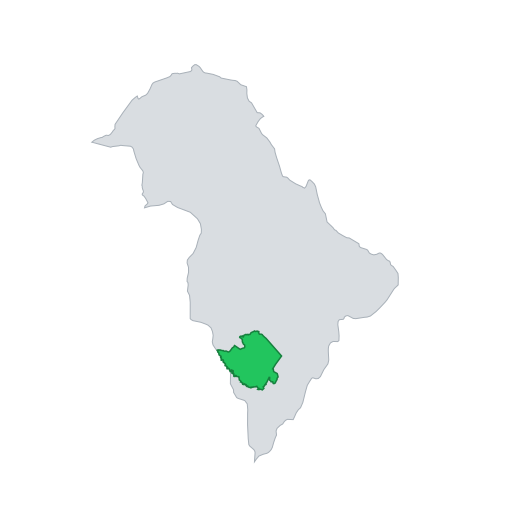 location of Rafaï, Mbomou, Central African Republic, rotated 77°
{"feature_id": "33826404B37622790924059", "entity_name": "Rafaï", "entity_type": "district", "adm_level": 2, "iso_a3": "CAF", "parent_name": "Central African Republic", "parent_adm1": "Mbomou", "projection": "albers", "projection_center": [24.169, 5.748], "detail": "fine", "context": "in_parent", "style": "filled", "palette": "green", "viewbox_px": 512, "rotation_deg": 77, "n_neighbors": 0, "source": "geoboundaries", "source_scale": "gbopen_adm2", "svg_char_len": 8512}
<svg xmlns="http://www.w3.org/2000/svg" viewBox="0 0 512 512"><g transform="rotate(77 256 256)"><path d="M352.5,193.0L357.0,194.2L357.8,195.6L356.6,200.1L357.4,203.0L360.0,205.4L362.6,206.4L365.1,207.0L373.7,208.5L377.3,210.2L382.0,215.5L388.0,220.4L389.4,222.9L389.1,225.3L387.4,228.1L387.7,229.3L390.4,232.1L393.5,235.1L399.3,238.3L409.2,243.3L413.8,246.7L415.3,249.3L417.9,252.1L421.4,254.7L423.8,256.6L422.2,262.2L422.7,264.0L423.6,265.6L425.7,267.8L426.5,270.6L428.6,274.2L431.0,275.8L435.1,276.3L437.3,278.0L441.8,280.8L446.2,283.2L448.1,284.8L449.2,286.3L450.2,288.0L450.7,289.8L450.8,293.6L451.6,298.2L454.0,301.4L456.2,303.8L447.3,301.1L445.9,301.1L444.3,301.6L439.7,304.9L438.2,305.4L432.4,304.7L418.2,302.1L407.2,299.5L404.0,298.6L398.1,297.8L394.3,299.5L390.7,305.5L389.6,306.7L383.9,308.5L381.3,308.0L374.7,309.7L364.5,307.2L360.9,307.7L358.0,308.9L350.8,311.6L346.3,313.2L341.2,314.6L336.3,316.7L333.0,317.9L329.8,317.9L326.9,316.7L323.7,315.6L319.9,315.4L315.9,316.0L312.5,318.4L311.2,320.1L308.2,324.6L304.8,332.0L303.4,333.5L302.2,334.2L286.3,330.5L279.4,329.6L274.8,330.7L269.0,328.6L266.5,328.3L265.3,328.9L262.1,328.0L256.8,325.4L251.8,324.3L247.3,324.7L244.5,323.8L242.3,321.3L239.5,316.8L234.3,312.4L227.4,308.7L223.1,306.0L221.4,304.2L217.7,303.2L212.0,302.9L206.5,304.7L198.6,310.2L191.1,321.5L187.0,325.8L183.7,326.9L182.9,329.7L184.5,334.1L184.8,339.1L183.6,347.6L184.0,353.8L182.2,352.8L180.6,349.9L179.8,349.3L175.0,350.6L172.4,351.7L171.1,352.9L170.1,353.0L168.5,351.4L167.3,351.1L165.4,351.4L163.5,351.4L162.2,351.1L161.4,351.3L159.1,350.3L150.8,347.8L149.4,347.0L147.7,347.1L143.4,349.1L141.1,349.7L134.2,350.9L126.8,351.4L124.0,351.4L122.0,352.3L120.8,353.6L118.3,361.4L117.7,362.8L117.8,364.8L117.1,371.1L117.3,373.1L108.2,390.4L106.8,387.5L106.0,384.1L105.7,380.2L105.9,379.1L105.3,378.0L104.6,374.8L105.4,372.7L104.8,370.6L103.1,368.4L101.6,366.8L100.7,365.3L100.0,364.7L98.2,364.4L96.0,363.7L86.3,353.3L76.3,341.7L74.3,337.9L73.4,335.7L75.9,335.5L76.6,335.2L76.6,334.2L75.1,331.2L74.5,327.4L73.2,325.1L69.3,321.6L65.5,318.8L64.3,317.4L63.7,315.4L62.4,303.0L61.8,299.5L60.7,297.9L59.8,297.2L59.5,296.3L59.7,294.1L60.2,292.1L60.2,291.4L61.3,289.7L61.5,278.2L60.3,276.6L58.0,276.5L56.8,274.8L55.8,272.7L56.1,271.2L58.4,268.9L59.9,268.0L64.2,266.3L65.4,265.4L66.2,264.3L66.8,262.7L69.4,256.9L73.2,251.1L74.8,249.9L78.7,241.3L79.6,239.1L80.3,236.9L81.5,235.1L85.7,232.3L88.9,227.2L92.2,227.5L95.7,228.4L100.1,228.8L103.6,227.9L105.8,225.9L116.6,222.6L117.4,219.9L119.1,218.4L121.1,217.2L121.8,217.0L121.9,218.0L123.1,220.8L125.5,223.7L129.0,226.9L130.1,226.7L132.3,224.4L137.9,223.0L139.3,222.3L143.4,218.9L148.1,216.8L150.9,216.0L155.8,213.8L159.2,214.1L164.7,213.8L173.9,212.9L180.6,212.6L183.9,212.2L184.8,211.7L186.1,208.4L187.1,207.5L189.6,206.1L194.6,201.1L197.8,196.9L198.8,195.4L199.4,195.2L200.8,193.4L199.5,191.6L194.0,187.8L194.1,187.3L193.8,186.6L194.1,186.1L196.2,184.6L199.1,182.9L202.1,182.3L209.9,182.5L216.6,182.2L218.1,182.2L223.3,181.4L226.9,180.6L230.5,178.9L238.8,179.1L245.7,174.6L247.7,173.8L248.6,173.1L248.9,172.4L252.1,170.6L255.7,166.8L258.6,163.5L259.4,161.1L267.2,153.0L269.9,153.2L271.3,152.2L274.4,146.9L275.4,145.9L278.6,144.9L280.1,143.3L281.4,141.0L281.5,138.0L280.9,135.7L280.9,134.5L281.6,133.5L282.9,132.4L288.8,129.6L290.3,128.2L291.2,126.9L292.9,126.7L294.7,126.8L295.8,126.0L297.1,124.7L301.2,123.0L305.0,121.6L309.0,122.2L316.2,124.0L318.4,127.8L319.4,129.2L328.3,138.3L330.0,140.5L334.4,147.1L337.1,151.5L340.2,158.0L340.5,161.4L340.1,164.4L339.5,172.9L338.7,175.3L334.7,179.9L334.6,181.9L335.4,183.6L336.6,184.3L337.3,185.2L336.8,189.1L338.2,190.7L341.2,191.7L348.6,192.4L352.5,193.0Z" fill="#d9dde1" stroke="#a8b0b8" stroke-width="1"/><path d="M359.2,253.6L338.4,264.8L337.0,265.9L335.0,267.2L333.9,267.7L333.3,268.6L333.1,269.7L332.9,270.3L331.8,270.6L331.1,270.6L330.6,270.2L330.1,270.4L330.0,271.1L329.8,271.5L329.4,271.7L329.4,272.3L329.4,272.8L329.4,273.6L328.7,274.3L328.9,274.8L329.1,275.6L329.3,276.6L329.4,277.2L329.6,278.1L330.6,279.0L331.1,279.6L331.0,280.0L330.8,280.5L330.8,280.8L331.1,281.1L331.1,281.3L330.8,281.5L330.5,281.8L330.7,282.7L330.3,283.1L330.1,284.1L330.5,284.9L330.5,285.5L331.0,286.0L331.5,286.2L331.9,286.4L332.0,286.8L331.6,287.2L331.2,287.4L330.9,287.4L331.1,288.0L330.7,288.5L330.7,289.2L330.9,289.8L331.5,290.2L331.9,290.1L332.2,289.5L332.6,289.2L333.1,289.0L333.5,288.7L334.0,288.2L334.5,288.1L335.7,288.5L337.4,288.5L337.7,288.2L338.7,288.2L339.4,287.8L339.8,287.2L341.3,287.2L342.2,287.4L342.9,288.2L342.9,290.1L343.1,290.9L343.2,291.7L343.4,292.4L338.4,297.0L338.9,297.6L339.7,298.1L340.1,299.6L341.5,301.2L342.6,302.4L343.1,303.5L343.3,303.9L343.3,304.7L342.1,306.1L341.8,306.9L341.8,307.9L341.4,308.6L340.7,309.3L340.7,310.0L340.2,310.7L339.9,311.7L339.6,311.8L339.5,312.2L339.5,312.7L339.3,312.8L339.3,313.0L339.3,313.3L339.4,313.5L339.1,313.7L338.9,314.0L339.1,315.0L339.5,314.8L339.6,314.7L339.8,314.7L340.0,314.8L340.3,314.8L340.6,314.8L340.7,314.7L340.8,314.8L341.0,314.8L341.3,314.6L341.5,314.5L341.8,314.2L342.0,314.2L342.4,314.1L342.8,314.1L343.1,314.1L343.4,314.2L343.6,314.2L343.8,314.2L344.1,314.1L344.3,314.1L344.4,313.8L344.5,313.7L344.8,313.4L345.0,313.3L345.1,313.2L345.4,313.0L345.7,312.7L345.8,312.6L346.0,312.6L346.2,312.8L346.3,312.9L346.3,313.2L346.5,313.3L346.6,313.2L347.0,313.2L347.4,312.9L347.5,312.7L347.8,312.8L348.0,312.7L348.2,312.8L348.3,312.9L348.3,313.1L348.6,313.1L348.9,313.1L349.2,313.2L349.3,313.3L349.5,313.4L349.8,313.3L349.8,313.2L349.8,312.9L349.8,312.6L349.7,312.4L349.6,312.2L349.7,311.7L349.8,311.4L350.1,311.4L350.3,311.4L350.6,311.3L350.8,311.4L351.0,311.3L351.2,311.5L351.3,311.7L351.4,311.8L351.5,311.8L351.6,311.7L351.8,311.8L352.0,311.8L352.1,311.7L352.3,311.6L352.5,311.6L352.6,311.4L352.6,311.1L352.7,310.9L352.8,310.9L353.1,310.8L353.4,310.6L353.5,310.5L353.8,310.4L354.2,310.1L354.4,310.0L354.7,310.1L354.8,310.3L355.0,310.5L355.4,310.8L355.5,310.8L355.8,310.7L356.0,310.7L356.3,310.2L356.4,309.9L356.5,309.8L356.5,309.7L357.0,309.4L357.7,308.9L357.9,308.9L358.1,308.8L358.3,308.9L358.5,308.8L358.6,309.0L358.5,309.3L358.4,309.4L358.5,309.4L358.5,309.5L358.8,309.6L359.1,309.5L359.3,309.5L359.3,309.4L359.4,309.2L359.5,309.1L359.4,308.7L359.2,308.5L359.2,308.3L359.3,308.1L359.5,307.9L359.7,307.6L360.0,307.5L360.1,307.4L360.3,307.4L360.6,307.4L360.9,307.5L361.1,307.4L361.3,307.2L361.6,307.2L361.8,307.2L361.9,307.3L362.0,307.3L362.2,307.2L362.3,307.2L362.5,307.0L362.5,306.9L362.8,306.8L363.0,306.7L363.3,306.4L363.3,306.2L363.2,306.1L363.0,305.9L362.9,305.8L362.6,305.9L362.4,306.1L362.0,306.1L361.7,305.9L361.5,305.7L361.6,305.4L361.8,305.4L362.0,305.3L362.2,305.2L362.3,304.5L362.3,304.4L362.5,304.2L362.8,304.0L363.3,304.2L363.7,304.3L364.0,304.6L364.0,304.8L364.0,305.0L364.2,305.3L364.4,305.5L364.5,305.6L364.7,305.8L364.8,305.7L365.0,305.5L365.0,305.2L364.9,304.9L364.7,304.8L364.7,304.6L364.8,304.5L365.1,304.4L365.3,304.3L365.4,304.2L365.5,304.3L366.3,304.6L366.6,304.3L366.8,304.2L367.2,304.3L367.6,304.6L368.0,304.7L368.4,304.5L368.5,304.2L367.9,303.8L367.8,303.5L368.0,303.1L367.8,302.6L368.0,302.2L368.3,302.1L368.8,302.6L368.9,302.2L368.9,301.9L369.1,301.6L369.3,301.4L369.4,301.0L369.4,300.6L369.7,300.3L370.0,299.8L370.3,299.9L370.7,300.0L372.5,300.0L372.9,300.2L373.3,299.9L373.8,299.4L374.1,299.2L374.5,299.0L375.3,299.4L375.5,298.5L375.9,298.5L376.4,298.2L376.8,297.5L377.1,297.5L377.4,297.9L378.0,297.9L378.1,297.7L378.2,297.2L378.2,296.7L378.1,296.3L378.0,296.0L378.3,295.9L378.6,296.1L378.6,295.7L378.9,295.4L379.2,295.3L379.3,295.0L379.0,294.7L379.3,294.5L380.1,294.8L380.3,294.6L380.7,294.5L381.2,294.1L380.8,293.7L380.7,293.4L380.9,293.2L381.2,293.2L381.8,292.9L382.0,292.7L382.5,292.3L382.7,291.2L382.9,291.1L383.3,290.7L383.0,290.4L382.8,290.2L383.1,290.0L383.2,289.7L382.9,289.0L382.9,288.6L383.2,288.4L383.1,287.9L382.9,287.5L383.2,287.0L383.3,286.4L383.2,285.7L383.5,285.4L383.5,285.0L383.1,284.8L383.1,284.5L383.6,284.4L384.1,284.1L385.0,283.9L385.6,283.0L386.0,283.5L386.4,284.2L386.8,283.3L386.9,281.3L387.5,280.5L387.9,280.0L386.8,278.1L385.1,278.4L384.8,277.9L384.6,277.1L383.5,276.4L383.6,275.6L383.4,275.1L383.0,275.0L382.4,275.2L381.8,274.2L377.2,270.5L377.4,270.0L378.0,270.1L379.5,270.6L380.0,270.7L380.8,270.0L381.5,269.7L382.0,269.6L382.3,268.0L383.7,268.0L384.2,267.8L384.4,266.7L383.9,265.6L383.1,265.2L381.1,263.3L379.9,263.0L378.8,261.7L376.8,261.7L375.3,261.8L372.6,264.8L370.5,264.6L370.0,264.6L369.7,265.1L365.7,261.1L359.2,253.6Z" fill="#22c55e" stroke="#15803d" stroke-width="1.5"/></g></svg>